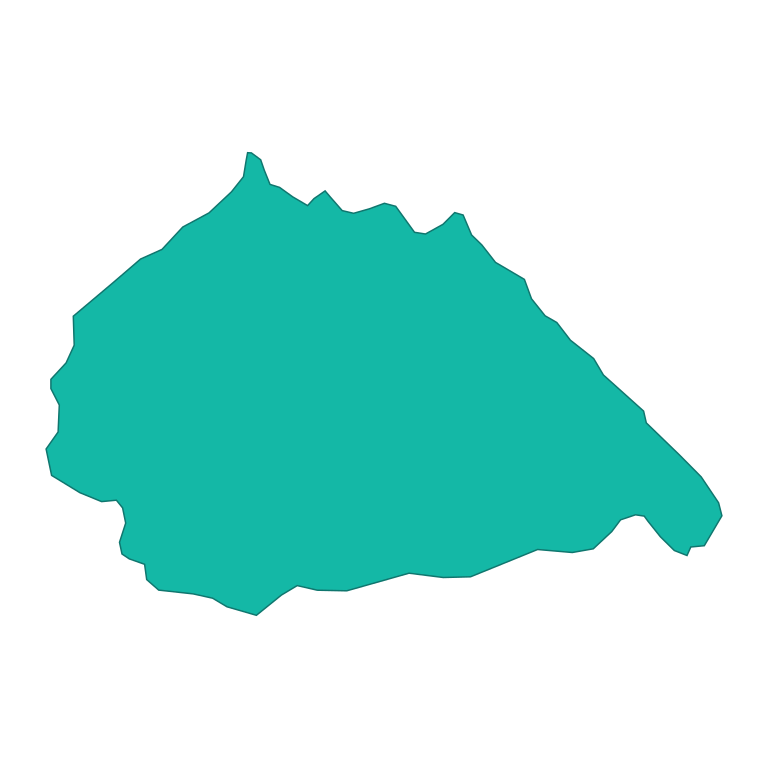 outline of Vergara, Treinta y Tres, Uruguay
{"feature_id": "84410073B11484829939635", "entity_name": "Vergara", "entity_type": "district", "adm_level": 2, "iso_a3": "URY", "parent_name": "Uruguay", "parent_adm1": "Treinta y Tres", "projection": "natural_earth1", "projection_center": [-54.003, -32.979], "detail": "fine", "context": "isolated", "style": "filled", "palette": "teal", "viewbox_px": 768, "rotation_deg": 0, "n_neighbors": 0, "source": "geoboundaries", "source_scale": "gbopen_adm2", "svg_char_len": 1202}
<svg xmlns="http://www.w3.org/2000/svg" viewBox="0 0 768 768"><path d="M687.0,555.5L690.8,547.0L704.3,545.7L721.9,515.8L718.6,502.8L701.2,476.9L679.4,454.9L646.3,422.9L643.6,411.1L603.4,375.0L593.7,358.6L570.4,340.2L556.8,322.5L545.1,315.8L531.5,298.8L524.4,279.4L495.5,262.4L481.9,245.0L471.6,235.0L463.1,215.0L454.7,212.6L443.0,224.3L425.5,234.0L414.5,232.3L395.7,206.3L384.4,203.3L369.1,208.9L353.6,213.3L342.2,210.6L330.2,196.9L325.1,190.9L314.0,198.6L307.6,205.6L292.6,196.8L279.6,187.4L270.0,184.4L264.2,170.0L260.7,159.8L251.4,152.9L247.6,152.7L246.2,160.2L243.5,176.7L231.5,191.8L209.0,212.9L182.8,227.0L162.0,249.4L140.6,259.0L113.4,282.4L73.3,316.2L74.2,345.2L66.1,362.9L50.9,379.3L50.9,388.6L59.3,405.0L58.1,432.0L46.1,449.0L51.6,475.4L79.9,492.7L101.6,501.6L116.4,500.2L122.6,507.9L125.7,523.1L119.5,542.3L122.0,554.0L129.3,558.9L144.6,564.3L146.7,579.6L158.7,590.1L193.2,593.9L212.6,598.2L227.0,606.8L256.4,615.3L281.5,595.0L297.2,585.6L317.3,590.2L346.8,590.8L409.0,573.2L443.3,577.5L470.5,576.8L537.6,549.5L572.3,552.5L593.3,548.8L611.8,531.5L620.6,519.8L635.5,514.8L644.2,516.1L648.1,521.4L660.4,536.8L674.3,550.5L687.0,555.5Z" fill="#14b8a6" stroke="#0f766e" stroke-width="1.5"/></svg>